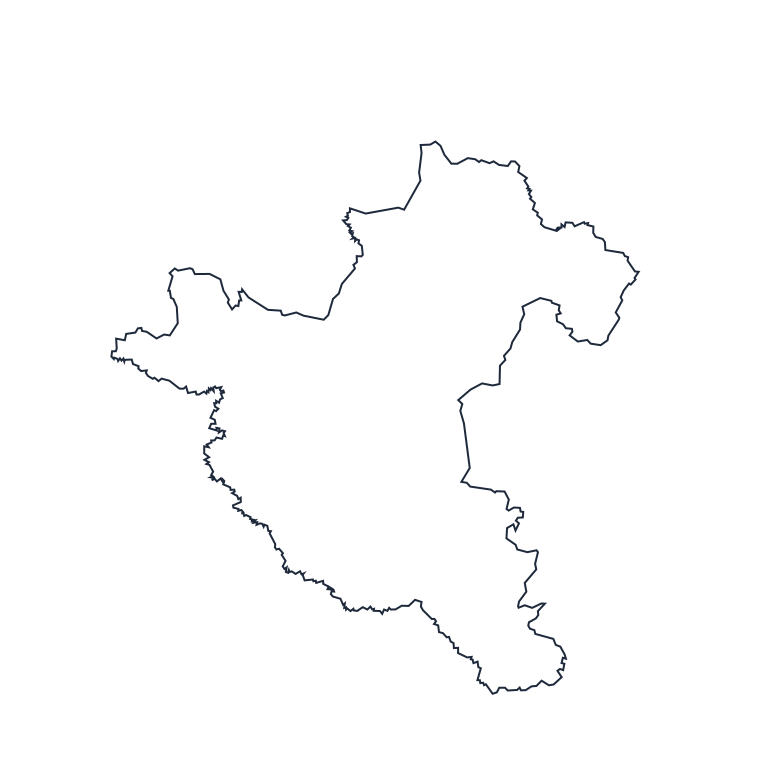 the district of Sawang Daen Din, Sakon Nakhon, Thailand, rotated 290°
{"feature_id": "78962969B25029845772948", "entity_name": "Sawang Daen Din", "entity_type": "district", "adm_level": 2, "iso_a3": "THA", "parent_name": "Thailand", "parent_adm1": "Sakon Nakhon", "projection": "mercator", "projection_center": [103.39, 17.476], "detail": "fine", "context": "isolated", "style": "outline", "palette": "slate", "viewbox_px": 768, "rotation_deg": 290, "n_neighbors": 0, "source": "geoboundaries", "source_scale": "gbopen_adm2", "svg_char_len": 6166}
<svg xmlns="http://www.w3.org/2000/svg" viewBox="0 0 768 768"><g transform="rotate(290 384 384)"><path d="M215.0,290.4L216.8,293.1L215.3,295.7L213.6,294.3L214.4,296.2L212.2,297.8L213.7,299.1L213.2,304.2L211.4,304.3L211.8,308.0L210.5,306.5L209.6,306.8L211.8,309.8L209.0,308.9L210.8,312.1L208.1,312.4L210.6,315.1L211.0,317.4L208.7,319.7L210.9,319.7L210.8,322.9L206.4,325.5L207.0,328.0L204.5,327.6L196.3,336.6L193.3,337.3L191.7,339.5L193.3,341.8L190.4,346.9L188.5,346.3L184.1,352.0L178.0,351.2L176.1,353.8L178.4,355.2L173.8,356.1L173.8,358.5L176.7,358.2L175.1,359.7L176.4,361.5L175.3,365.9L179.3,369.2L176.9,371.6L178.5,373.3L176.9,372.8L172.3,376.6L176.0,384.1L174.5,385.1L175.8,387.2L173.9,388.3L178.2,394.1L175.4,395.3L174.7,401.2L171.9,401.1L172.8,404.4L174.3,403.1L173.5,406.8L171.9,408.1L171.2,405.7L168.4,405.9L166.8,408.7L167.3,416.5L162.5,421.1L164.4,422.2L160.0,423.2L161.2,424.7L159.1,425.5L160.5,426.2L159.2,430.2L162.3,432.1L160.9,433.0L161.6,436.5L167.0,440.3L166.4,445.5L170.2,447.4L168.1,450.1L169.3,451.5L167.4,452.0L169.3,457.9L167.4,460.9L172.1,461.2L172.0,464.8L175.4,465.4L174.4,467.5L176.1,471.9L181.7,476.5L183.9,483.1L191.8,487.0L192.0,493.8L187.5,494.8L184.8,497.9L179.5,509.3L180.5,511.7L178.9,514.0L175.6,513.1L175.7,517.5L169.7,520.5L170.0,524.7L167.4,529.5L168.6,531.6L164.8,534.7L164.3,538.0L159.8,540.0L161.4,543.9L156.5,545.6L155.5,555.7L157.5,559.6L155.0,559.7L155.3,561.6L152.3,563.5L155.1,566.9L150.2,569.5L150.0,572.2L137.7,573.1L138.4,575.4L135.9,576.8L137.2,579.4L135.2,581.0L136.7,582.4L130.1,592.0L132.8,595.5L138.0,596.2L140.0,601.6L138.3,605.1L142.0,613.7L145.1,615.3L143.0,617.4L144.7,621.8L150.3,626.0L152.4,630.5L159.1,633.6L157.3,642.1L159.7,646.2L169.3,651.2L173.8,645.1L176.4,646.8L176.4,650.2L182.8,649.2L182.5,646.3L187.9,645.7L188.1,648.9L191.7,646.2L197.5,639.5L197.6,634.6L202.4,630.3L200.9,611.7L204.1,609.5L204.0,604.8L206.3,602.2L209.7,601.7L215.7,606.9L219.7,608.0L223.2,606.3L232.6,610.3L231.6,607.0L224.3,599.8L224.2,591.9L219.8,587.0L221.0,586.0L225.8,585.3L237.5,588.8L245.2,584.3L261.8,590.5L266.7,587.5L278.6,586.2L279.9,584.2L275.0,576.2L274.1,565.8L277.9,562.7L280.8,551.9L290.7,548.9L296.4,553.6L291.3,557.7L299.2,558.5L300.7,554.7L304.1,555.5L306.1,560.1L311.4,558.6L310.9,556.0L314.1,554.1L312.4,548.4L307.7,544.4L308.5,541.9L318.1,540.8L324.2,534.1L321.7,526.2L320.0,525.5L321.3,520.5L317.1,500.1L319.5,495.6L318.5,490.2L334.4,493.3L374.3,472.6L384.9,464.9L392.0,464.4L394.3,459.3L408.3,467.2L418.1,476.0L419.8,486.6L423.5,492.6L440.9,486.7L448.1,489.8L451.5,487.1L460.6,490.7L467.2,490.2L481.7,493.2L488.3,491.2L497.5,491.9L504.0,487.7L518.2,501.4L519.4,512.8L517.8,514.0L517.9,522.1L513.0,523.0L510.8,525.9L508.1,522.3L502.1,525.2L501.4,531.7L498.6,535.8L500.1,541.7L497.6,543.2L493.2,541.8L490.2,551.6L494.9,560.0L492.6,564.4L494.6,574.3L501.5,579.1L506.3,578.3L524.8,582.6L526.7,582.5L530.5,577.3L544.1,579.3L546.5,576.7L553.9,577.3L562.2,579.9L561.8,581.9L568.3,584.6L569.3,583.2L576.5,584.9L575.6,581.3L583.2,570.7L586.7,570.0L586.6,566.5L589.0,564.0L585.6,546.2L592.8,543.1L595.1,539.9L594.6,532.6L597.6,528.9L603.6,526.9L602.9,520.8L605.0,520.7L603.3,517.8L604.5,516.6L597.4,509.2L599.9,505.9L598.0,499.4L593.3,500.0L594.7,496.2L591.8,497.3L590.3,493.7L588.4,493.2L589.1,495.4L586.9,494.0L586.2,481.1L588.0,476.7L592.7,476.2L594.8,470.3L597.6,469.9L599.0,464.1L605.7,463.9L608.1,457.8L610.1,458.5L612.0,455.2L616.0,456.0L615.3,453.5L617.1,453.9L616.8,451.6L618.9,452.1L623.1,446.4L626.4,447.8L629.1,437.6L635.1,436.7L637.9,431.0L636.7,427.3L631.2,425.8L629.2,417.2L630.7,410.8L627.6,407.7L627.6,398.9L625.1,397.4L626.4,392.8L624.9,385.5L616.0,377.5L614.1,371.9L620.1,362.3L627.1,355.7L629.4,349.4L624.8,345.6L621.1,336.7L613.9,340.3L594.6,344.7L587.6,348.7L554.7,343.3L554.6,337.1L537.9,308.5L537.4,291.9L534.0,293.2L532.0,291.0L529.8,292.5L528.2,291.1L528.0,293.6L525.3,293.0L523.7,289.6L521.3,294.0L522.1,297.0L520.1,296.1L519.5,299.4L516.4,298.9L516.7,301.6L514.7,300.0L513.9,301.8L515.0,303.1L512.2,303.4L511.6,305.5L509.9,304.6L511.4,307.0L508.5,307.9L510.6,308.9L510.5,311.4L507.4,311.9L506.2,315.9L498.1,319.9L496.2,319.1L494.8,314.6L489.2,316.9L485.5,314.5L482.6,317.2L463.6,310.2L453.6,310.6L446.5,307.0L429.7,308.1L423.8,305.4L420.7,285.0L421.2,277.1L414.5,267.4L414.2,264.6L417.6,261.9L414.0,249.6L419.0,227.1L424.4,218.3L421.9,218.9L420.9,215.9L413.7,221.3L412.9,219.3L407.4,220.5L407.0,217.7L402.1,215.7L407.1,209.4L410.4,209.3L416.7,201.3L426.4,194.4L427.8,182.5L422.6,168.6L426.3,165.0L426.5,162.2L420.1,151.7L421.0,147.9L414.9,144.6L412.9,148.5L397.9,149.4L398.4,150.8L392.0,154.4L391.9,156.9L385.6,162.9L370.6,169.4L356.4,166.1L355.3,160.5L349.0,154.7L351.9,143.2L351.1,138.5L353.7,136.8L352.1,133.7L347.3,132.8L342.9,124.6L336.5,125.5L335.0,116.8L325.9,120.7L323.1,120.8L321.7,117.3L316.5,118.5L315.0,121.6L316.5,121.5L316.4,124.9L314.7,126.3L317.8,127.1L316.2,129.3L318.8,130.4L316.2,132.3L318.1,132.2L320.7,138.6L316.9,141.3L316.8,147.3L314.5,147.8L313.1,151.3L315.6,156.4L312.9,156.5L310.8,159.5L309.8,165.0L311.4,166.2L309.6,171.1L313.0,173.2L313.7,181.2L309.7,193.4L311.1,197.3L313.9,198.9L308.5,202.9L312.5,209.7L310.0,211.4L310.8,213.7L315.3,217.5L314.3,220.4L316.9,220.0L316.3,221.9L319.9,220.9L319.0,223.0L321.0,222.9L319.0,226.4L322.3,224.8L323.9,226.1L322.7,227.8L325.4,232.1L322.5,231.7L321.5,233.2L322.9,235.3L321.3,236.6L319.4,233.8L315.6,237.3L313.5,235.2L310.0,235.4L310.8,232.0L308.5,232.9L307.9,231.0L304.9,233.0L304.1,236.8L301.1,235.5L301.3,233.3L292.9,232.5L292.5,237.2L289.0,239.3L287.5,235.2L282.7,234.9L283.1,242.9L285.5,241.5L286.0,244.6L281.9,245.4L285.0,247.7L285.2,250.7L283.2,250.0L280.6,252.3L280.6,250.5L277.1,250.6L276.4,244.9L273.1,244.1L271.8,240.9L270.0,241.9L266.5,238.1L264.6,240.9L264.0,236.4L257.2,238.8L255.4,244.7L251.3,241.2L250.7,246.2L248.1,244.5L248.3,247.7L243.2,253.4L239.3,252.7L238.8,254.8L237.0,252.9L237.6,256.0L234.7,255.2L237.0,257.3L235.3,260.3L239.3,262.8L237.6,265.0L239.4,264.6L238.2,267.1L234.7,267.3L234.3,274.8L232.0,276.1L233.5,279.4L231.9,280.5L229.5,278.6L228.6,284.4L226.0,286.5L228.1,288.2L224.1,289.8L218.3,283.6L216.3,284.8L216.8,290.0L215.0,290.4Z" fill="none" stroke="#1e293b" stroke-width="2"/></g></svg>